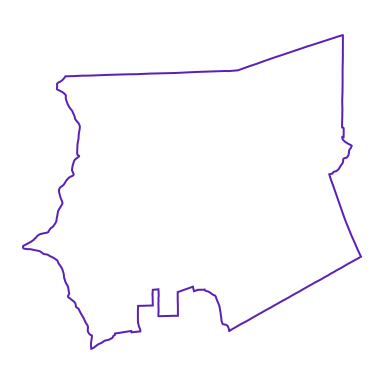 Khlong Sam Wa, Bangkok Metropolis, Thailand (Mercator projection)
{"feature_id": "78962969B63741991281097", "entity_name": "Khlong Sam Wa", "entity_type": "district", "adm_level": 2, "iso_a3": "THA", "parent_name": "Thailand", "parent_adm1": "Bangkok Metropolis", "projection": "mercator", "projection_center": [100.726, 13.873], "detail": "fine", "context": "isolated", "style": "outline", "palette": "violet", "viewbox_px": 384, "rotation_deg": 0, "n_neighbors": 0, "source": "geoboundaries", "source_scale": "gbopen_adm2", "svg_char_len": 5789}
<svg xmlns="http://www.w3.org/2000/svg" viewBox="0 0 384 384"><path d="M36.1,237.5L34.9,238.5L33.4,240.1L31.6,241.3L31.0,241.8L25.9,244.5L23.2,245.9L23.0,246.2L23.2,248.0L23.6,248.5L24.3,248.7L27.1,249.1L29.8,249.1L32.9,249.7L33.7,249.9L37.7,250.7L39.1,251.0L40.3,251.5L41.1,252.1L43.4,253.8L44.1,254.1L47.0,254.5L48.0,254.9L49.1,255.5L49.5,255.9L50.7,256.5L51.6,256.8L53.7,258.0L55.5,259.1L57.4,260.5L57.5,260.9L58.2,262.5L58.5,263.2L59.3,264.5L60.3,265.8L61.9,268.3L62.7,270.4L62.9,271.2L63.4,272.6L63.8,274.6L64.1,277.8L64.9,279.9L65.1,280.8L65.2,281.3L66.3,283.7L67.8,286.2L68.3,288.1L68.6,290.5L69.2,293.5L69.2,293.8L69.1,294.2L68.6,294.9L68.0,296.0L68.0,296.4L68.1,297.0L68.4,297.3L70.5,298.8L70.7,299.0L72.4,300.4L73.9,301.5L74.2,301.7L74.5,302.3L75.2,303.2L75.5,304.0L75.8,305.0L75.8,305.9L76.0,306.9L76.4,307.3L77.8,308.2L78.6,308.9L79.3,310.3L80.5,312.8L83.7,318.2L85.3,321.8L86.3,323.7L87.0,324.5L87.5,325.3L87.9,326.7L87.8,326.8L88.0,327.7L87.7,330.1L87.8,330.7L88.1,332.0L88.6,332.9L89.2,333.7L89.9,334.5L90.1,334.7L91.7,335.3L92.0,336.0L91.7,338.0L91.7,338.6L91.5,339.5L91.3,341.3L91.1,342.3L90.9,344.2L91.2,347.8L91.3,348.8L92.5,348.3L93.6,347.8L97.6,344.7L99.5,343.7L101.3,343.0L102.8,342.0L103.9,341.2L104.5,340.8L105.4,340.5L108.6,339.8L109.3,339.5L110.8,338.8L111.3,338.4L111.8,338.2L112.5,337.6L112.8,337.2L113.0,336.6L113.4,335.9L113.8,335.6L114.5,335.3L114.9,334.8L115.0,334.5L114.9,334.0L115.0,333.5L116.1,333.3L117.9,333.1L120.4,332.7L129.0,331.3L131.3,331.0L131.5,332.3L131.8,332.4L132.5,332.2L134.6,332.0L138.2,331.6L140.3,331.4L140.4,330.9L140.1,329.3L139.7,328.1L139.5,327.8L138.8,326.0L138.4,324.0L138.1,323.2L137.9,320.5L137.9,312.6L137.9,311.4L138.1,305.9L152.8,305.5L152.7,299.7L152.5,294.2L152.6,292.4L152.8,289.8L158.4,289.3L158.4,289.9L158.5,290.4L158.6,292.5L158.7,295.8L158.4,298.9L158.6,300.3L158.6,300.9L158.5,301.2L158.4,303.7L158.5,307.5L158.6,310.4L158.5,312.6L158.4,314.3L158.4,315.8L158.4,316.1L159.0,316.2L173.1,315.8L176.7,315.8L177.9,315.8L177.9,306.0L177.7,299.6L177.7,292.1L192.9,286.7L194.0,291.2L197.0,290.2L197.2,289.9L197.5,289.8L198.1,290.0L198.8,289.8L200.7,289.7L203.7,289.8L204.6,289.5L205.1,290.5L205.7,290.8L207.8,291.4L209.1,292.0L210.1,292.5L211.9,294.0L213.2,294.8L213.7,295.0L214.9,295.5L215.3,295.9L215.8,296.6L216.4,298.6L217.6,301.6L218.4,303.5L219.1,305.2L219.4,306.3L219.7,307.7L220.6,313.0L220.9,315.7L221.3,317.9L221.4,320.0L221.6,321.1L222.5,323.7L222.7,324.0L223.1,324.2L225.2,324.6L225.7,324.7L227.1,325.5L227.6,325.9L227.8,326.3L228.4,327.7L228.8,328.6L229.0,329.4L229.1,330.5L229.1,330.9L229.3,331.0L231.4,329.6L236.7,326.6L241.3,323.9L244.8,322.1L247.1,320.9L259.5,313.7L261.2,312.9L262.6,312.0L264.9,310.7L265.2,310.5L271.3,307.2L274.7,305.2L277.3,303.8L280.2,302.1L283.7,300.2L288.1,297.8L288.7,297.5L291.0,296.1L292.3,295.3L295.4,293.6L296.0,293.2L297.5,292.5L300.7,290.7L302.1,289.8L305.7,287.8L307.3,286.8L311.0,284.8L315.3,282.3L315.8,282.1L319.1,280.4L321.6,279.0L323.9,277.6L328.3,275.2L330.3,273.9L335.1,271.3L336.6,270.3L339.0,269.1L341.3,267.8L346.4,264.8L347.2,264.3L352.2,261.6L354.9,260.1L359.1,257.8L360.7,256.8L361.0,256.7L360.5,255.6L360.2,255.0L360.0,254.7L359.2,252.9L358.6,251.7L357.0,248.2L354.6,242.5L351.4,235.4L348.8,229.0L345.9,221.9L344.4,217.9L333.2,185.8L331.4,181.0L330.0,176.8L329.3,174.3L330.6,173.9L331.6,173.8L332.1,173.7L332.5,173.4L333.2,172.4L333.8,171.9L334.0,171.7L336.3,171.1L336.6,170.9L338.6,169.2L341.2,164.9L342.3,163.6L342.6,163.2L342.8,162.6L343.1,161.0L343.3,159.0L343.4,158.9L343.6,158.7L344.0,158.4L344.7,158.1L345.9,157.9L346.5,157.7L347.2,157.1L348.1,155.7L348.5,154.9L348.7,154.3L349.1,150.6L349.3,150.1L349.6,149.5L350.2,148.8L351.1,147.5L351.7,145.8L351.0,145.2L350.3,144.8L348.2,143.8L347.0,143.0L345.1,141.8L343.2,140.0L342.6,139.0L342.3,138.1L342.3,137.8L342.2,137.4L342.3,136.9L343.6,137.1L343.7,132.4L343.7,128.5L343.6,128.1L343.5,127.9L343.3,127.7L342.5,127.6L342.2,127.5L342.0,127.1L342.1,126.2L342.1,122.7L342.3,116.4L342.3,113.1L342.4,110.0L342.2,100.7L342.5,92.0L342.6,82.9L342.6,69.2L342.7,65.0L342.9,54.2L342.8,52.8L342.9,46.7L342.9,44.2L342.9,35.3L342.3,35.2L341.7,35.3L341.1,35.5L340.9,35.7L340.0,36.0L339.6,36.0L310.0,45.6L308.8,45.9L280.5,55.5L275.5,57.1L262.3,61.7L257.0,63.7L250.0,66.0L237.9,70.3L236.1,70.5L232.1,70.8L229.0,71.1L226.3,71.0L225.0,71.0L195.3,72.0L174.9,73.0L149.3,73.6L147.2,73.7L136.6,74.2L127.8,74.3L107.3,74.9L89.6,75.6L82.0,75.7L73.5,76.1L65.5,76.3L65.1,76.9L63.3,79.2L62.0,80.4L60.5,81.5L59.5,82.0L58.6,82.3L58.0,82.9L57.4,83.3L57.2,83.6L57.0,84.0L57.2,85.7L57.1,86.9L56.9,87.8L56.9,89.1L57.1,89.4L57.5,89.6L60.9,91.3L62.4,92.1L64.0,93.3L65.1,94.4L65.6,94.9L65.9,95.8L65.7,97.5L65.9,99.2L67.7,104.2L68.8,106.3L70.1,108.3L70.9,109.3L71.9,110.5L72.2,111.0L74.2,115.5L74.7,116.8L75.0,118.6L75.4,119.3L75.7,119.9L78.0,122.6L78.6,123.3L79.1,124.2L79.6,125.4L79.8,126.3L79.8,128.1L79.6,129.4L78.7,134.6L78.6,137.5L78.5,138.6L78.3,139.9L77.8,142.4L77.4,145.3L77.4,147.7L77.2,149.7L77.2,151.9L77.2,153.5L77.4,154.7L77.8,155.1L78.8,155.6L79.1,156.0L78.8,156.7L76.3,158.5L74.9,159.7L74.4,160.4L73.9,161.6L72.6,165.8L72.3,167.5L72.0,169.9L72.1,170.6L73.4,173.4L73.6,174.5L73.4,175.1L73.1,175.5L72.8,175.7L72.1,176.0L70.2,176.9L69.0,177.6L68.5,178.0L68.3,178.4L67.8,178.8L67.0,179.7L66.2,180.7L64.7,183.2L63.7,184.7L62.7,185.6L62.1,186.1L61.6,186.3L60.4,187.3L59.9,187.8L59.4,188.8L59.1,189.5L59.0,190.5L59.0,191.4L59.1,192.0L59.9,195.6L60.9,198.6L62.0,201.1L62.5,203.2L62.2,204.1L61.8,204.8L61.0,206.1L60.2,207.5L59.2,209.0L58.2,211.0L57.9,212.2L57.5,214.3L57.4,215.3L56.7,218.4L56.6,219.8L56.2,221.5L55.5,223.0L53.9,225.4L53.0,226.6L50.6,228.3L49.3,230.2L48.4,231.7L48.3,232.0L46.9,232.7L43.1,233.4L42.2,233.7L41.1,233.8L40.1,234.1L38.3,235.2L37.3,235.9L37.0,236.3L36.1,237.5Z" fill="none" stroke="#5b21b6" stroke-width="2"/></svg>